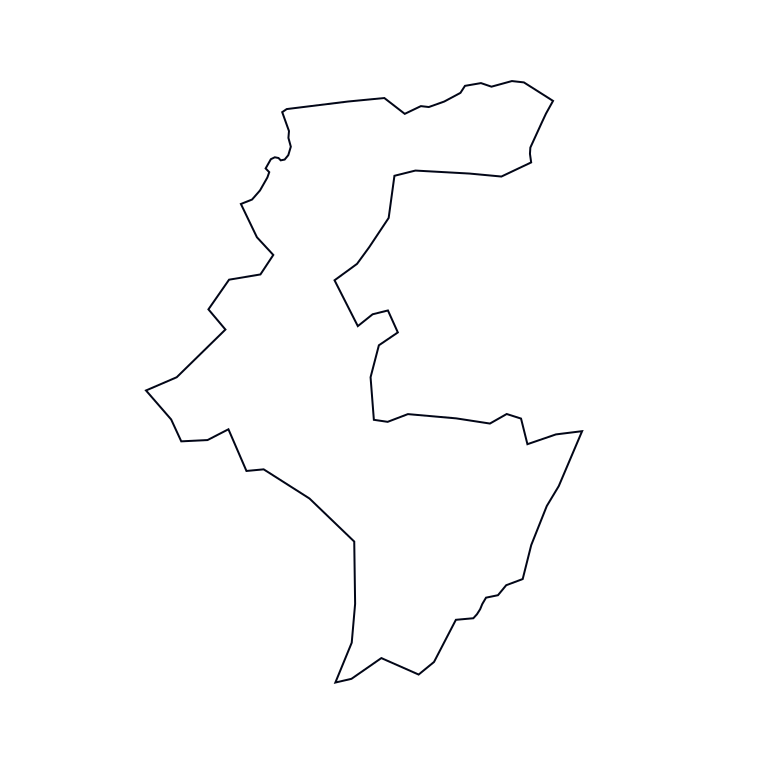 an SVG outline of Balvu, rotated 166°
{"feature_id": "LVA-1063", "entity_name": "Balvu", "entity_type": "Municipality", "adm_level": 1, "iso_a3": "LVA", "parent_name": "Latvia", "parent_adm1": "", "projection": "albers", "projection_center": [27.276, 57.034], "detail": "fine", "context": "isolated", "style": "outline", "palette": "ink", "viewbox_px": 768, "rotation_deg": 166, "n_neighbors": 0, "source": "natural_earth", "source_scale": "10m", "svg_char_len": 1304}
<svg xmlns="http://www.w3.org/2000/svg" viewBox="0 0 768 768"><g transform="rotate(166 384 384)"><path d="M420.7,93.7L452.9,118.7L486.9,105.8L503.4,106.1L477.9,140.8L465.2,177.7L451.0,238.3L484.0,290.9L521.4,330.3L538.5,332.9L545.9,377.7L568.8,372.3L594.6,377.4L599.1,401.1L616.5,435.3L583.5,440.7L524.7,475.2L536.3,498.9L509.1,522.7L477.4,520.2L460.2,536.0L471.8,557.1L479.3,593.3L467.4,594.9L457.5,601.8L447.2,612.6L444.1,617.3L446.7,621.8L439.4,629.5L435.1,630.4L431.7,628.8L430.1,626.0L426.1,625.8L421.5,629.2L417.0,636.8L417.2,645.9L415.0,652.4L417.0,672.4L411.9,674.3L350.6,666.8L314.5,661.4L298.5,641.1L281.0,644.7L273.5,641.9L257.2,643.5L239.4,648.0L233.3,653.7L217.1,652.5L207.8,646.5L186.6,647.0L175.3,642.8L151.5,617.8L161.4,607.2L167.4,599.8L184.8,578.0L186.7,572.0L187.6,563.4L219.9,556.9L250.1,567.5L301.9,583.5L323.5,583.5L339.3,544.0L365.3,520.3L381.1,507.1L406.9,496.6L395.4,446.5L378.2,454.4L362.4,454.4L358.1,430.7L379.6,422.8L395.4,393.8L402.5,351.7L389.6,346.4L368.1,349.0L322.3,333.2L290.8,320.0L272.2,325.2L259.4,317.3L259.4,290.9L229.4,293.5L203.2,290.3L239.1,242.7L255.6,226.2L280.1,192.1L296.6,161.2L314.1,159.2L324.5,151.5L336.7,152.0L341.9,146.7L345.2,142.2L349.5,138.1L354.0,135.1L371.3,137.8L402.7,102.2L420.7,93.7Z" fill="none" stroke="#020617" stroke-width="2"/></g></svg>